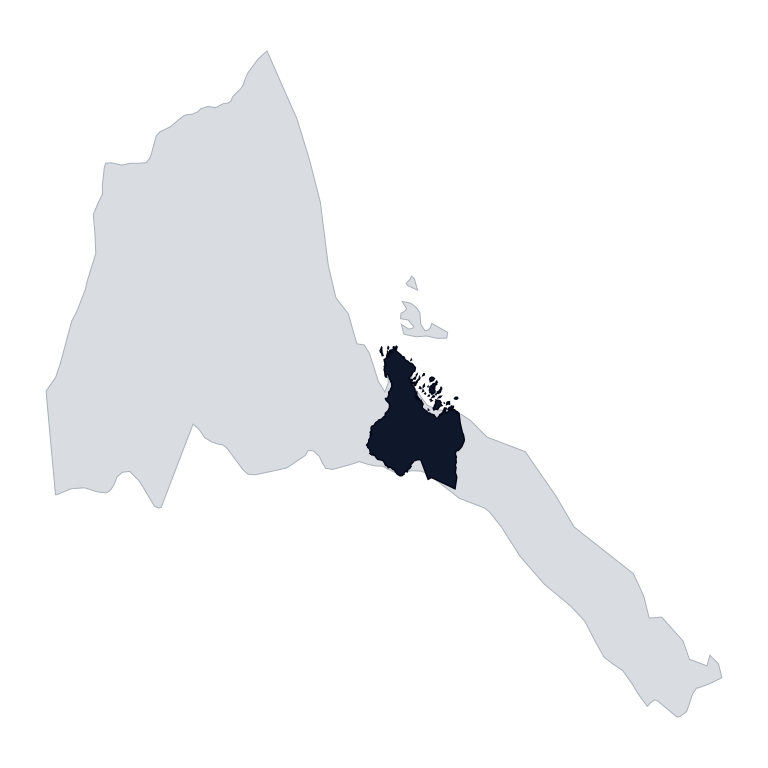 Ghelaelo, Semenawi Keyih Bahri, Eritrea (highlighted)
{"feature_id": "51966322B44831299318058", "entity_name": "Ghelaelo", "entity_type": "district", "adm_level": 2, "iso_a3": "ERI", "parent_name": "Eritrea", "parent_adm1": "Semenawi Keyih Bahri", "projection": "natural_earth1", "projection_center": [40.103, 14.909], "detail": "fine", "context": "in_parent", "style": "filled", "palette": "ink", "viewbox_px": 768, "rotation_deg": 0, "n_neighbors": 0, "source": "geoboundaries", "source_scale": "gbopen_adm2", "svg_char_len": 8482}
<svg xmlns="http://www.w3.org/2000/svg" viewBox="0 0 768 768"><path d="M55.5,494.7L52.4,460.7L50.3,437.9L48.1,413.8L46.1,391.1L55.7,377.2L60.2,363.9L71.8,320.8L76.5,312.2L85.5,289.1L86.8,282.5L95.8,253.4L95.0,234.0L93.3,214.5L98.2,202.9L102.6,193.7L102.3,185.9L104.3,167.6L105.7,163.1L111.0,162.8L121.9,165.1L129.9,163.3L139.1,163.3L146.2,162.7L150.4,157.2L156.2,135.9L160.0,131.7L162.9,130.4L171.0,126.4L178.0,120.3L183.7,115.8L185.8,114.9L191.8,114.4L197.8,111.8L200.6,108.8L208.1,106.4L215.5,107.7L220.5,105.1L223.8,103.4L227.6,103.3L231.1,100.8L232.5,97.0L234.7,94.6L240.5,89.1L243.2,85.1L244.4,81.1L245.6,77.9L248.1,72.5L258.2,58.9L267.0,51.0L297.2,119.5L309.5,159.9L320.3,202.1L328.3,265.5L335.9,297.8L348.3,313.7L356.8,343.8L364.1,344.9L369.4,353.2L378.4,381.5L384.9,392.0L388.3,382.9L387.9,377.7L385.4,369.0L387.7,357.8L392.8,351.1L404.4,360.2L410.7,367.2L412.4,381.1L415.0,388.8L427.1,405.1L437.3,409.8L450.6,411.0L461.7,414.6L470.6,420.6L487.2,437.2L525.3,451.7L556.0,496.2L574.1,527.0L633.5,573.8L643.8,596.2L649.2,618.1L661.7,617.1L683.1,641.1L689.4,659.3L707.0,665.9L709.9,655.2L718.5,664.0L721.9,677.7L710.7,683.2L698.3,688.0L696.6,687.9L692.5,694.2L686.7,711.5L680.2,716.5L676.8,717.0L657.5,700.8L654.5,699.9L650.3,703.0L647.3,706.4L638.3,694.1L631.7,683.2L622.5,670.3L613.6,664.5L604.0,657.2L594.6,640.2L585.0,621.5L570.8,606.2L544.3,584.2L520.0,556.2L501.4,527.0L489.4,511.8L484.3,507.9L459.5,498.4L442.2,485.0L428.9,474.0L420.7,471.1L412.8,470.7L395.9,472.9L381.9,466.0L376.0,466.0L366.6,464.0L359.3,461.6L350.6,464.5L332.8,469.4L325.6,468.3L321.6,461.5L319.3,456.2L313.1,450.7L308.0,450.7L305.1,455.6L286.6,468.0L255.5,474.8L248.1,474.3L242.7,469.4L227.0,448.2L222.5,444.7L219.0,444.4L211.7,441.9L204.9,437.9L199.0,429.2L193.0,424.2L186.5,441.2L175.1,471.0L169.0,486.9L161.2,507.4L158.7,508.0L154.7,506.5L139.3,481.0L129.6,471.4L122.3,472.3L117.0,477.0L113.6,485.5L110.0,490.8L106.0,492.9L97.5,491.9L84.6,487.8L71.1,488.7L57.3,494.5L55.5,494.7ZM420.8,324.4L424.9,330.7L427.9,330.1L430.1,328.0L431.8,323.5L447.7,332.3L446.8,338.1L437.3,338.4L426.3,336.0L416.1,336.8L404.0,334.3L401.3,324.4L409.0,329.2L412.9,328.0L413.7,326.7L408.2,320.0L400.5,318.7L401.0,313.4L404.5,311.3L406.6,308.7L402.2,301.5L410.8,303.2L416.3,307.5L419.9,312.7L420.8,324.4ZM414.3,278.7L417.6,290.1L407.8,285.7L406.2,283.4L410.5,278.8L411.4,276.1L414.3,278.7Z" fill="#d9dde1" stroke="#a8b0b8" stroke-width="1"/><path d="M459.0,413.3L458.3,413.2L457.5,411.7L456.9,411.5L457.1,411.9L456.6,412.3L455.7,411.8L454.7,409.7L453.7,409.6L453.0,410.5L452.4,409.8L451.3,409.5L451.1,408.9L451.5,408.6L452.6,409.1L453.5,406.9L453.1,406.2L452.4,406.6L451.7,406.0L451.4,406.2L451.7,407.0L449.3,407.4L448.0,409.2L450.4,410.2L448.5,411.0L447.5,412.6L445.8,412.6L445.7,411.3L444.8,410.1L446.2,408.9L444.9,408.1L445.1,407.3L444.0,409.2L444.1,409.9L443.5,410.3L443.3,410.8L443.8,411.1L443.3,411.8L443.3,411.2L442.5,413.0L442.9,412.5L443.4,412.7L442.5,414.1L441.7,413.6L441.7,414.8L441.2,415.3L440.4,415.2L440.4,414.3L439.8,414.6L439.6,415.1L440.2,415.7L438.5,416.5L438.1,418.1L436.3,418.3L433.9,414.8L431.0,414.2L429.9,413.1L427.8,412.9L426.4,411.1L422.6,408.4L422.1,406.4L423.1,404.1L421.8,401.9L421.2,402.4L420.6,401.8L421.2,400.3L418.9,399.9L419.4,398.8L418.4,398.5L418.1,397.8L417.8,399.3L416.2,398.7L415.9,397.4L416.3,396.8L415.7,396.7L415.4,395.5L416.2,395.5L417.1,397.3L417.7,397.1L417.0,396.7L417.0,395.9L416.5,395.5L416.9,394.0L416.5,393.8L416.7,392.5L416.1,392.8L415.8,391.6L415.2,391.4L414.6,388.5L411.6,384.7L410.7,382.3L410.9,381.4L412.3,380.7L412.2,379.8L409.6,379.0L408.9,378.2L411.7,374.9L412.6,372.5L414.8,370.9L415.4,367.7L412.5,364.1L411.2,363.3L409.8,363.3L408.0,361.3L405.3,360.0L403.8,356.8L402.2,356.8L401.2,355.2L396.9,351.6L396.5,351.7L395.7,349.6L395.0,349.6L395.4,348.7L394.5,347.1L393.6,346.8L393.2,347.2L393.9,348.5L393.8,349.0L392.0,349.5L392.0,351.8L392.4,352.1L390.2,353.1L389.6,352.2L390.4,352.1L390.8,351.0L390.3,350.2L389.9,350.4L389.5,352.2L389.8,354.2L389.6,355.3L389.0,355.5L389.1,355.9L388.8,355.8L388.2,352.6L388.2,354.6L389.4,357.4L388.5,356.1L388.0,354.8L387.9,353.1L387.6,353.0L386.7,355.9L386.9,357.6L384.1,359.7L385.0,364.0L384.8,365.2L385.1,364.7L385.5,365.2L384.2,366.5L384.7,367.6L384.1,369.7L384.8,372.0L385.1,375.9L386.0,377.1L386.6,377.1L386.4,376.2L386.7,374.8L387.6,374.1L388.3,374.4L389.7,379.4L389.7,379.1L390.7,380.6L390.6,381.6L391.5,382.5L391.8,385.0L391.8,386.9L390.5,389.2L390.5,390.5L388.9,391.7L388.6,392.6L388.9,395.1L388.2,396.2L387.8,398.3L385.6,398.4L385.4,398.8L386.4,400.6L388.9,403.1L389.5,404.6L389.5,407.6L388.0,410.7L385.4,413.2L384.9,416.7L383.6,416.9L381.7,419.1L378.6,420.1L378.4,420.8L375.5,422.8L374.2,425.3L371.6,426.4L371.0,428.2L371.4,430.4L370.3,432.1L370.7,432.3L370.4,433.0L370.7,434.1L371.7,434.4L370.2,435.3L370.4,437.3L368.8,439.9L368.7,442.2L366.6,445.1L367.5,446.0L367.7,447.3L369.4,448.7L370.6,453.4L370.1,453.5L370.8,454.2L372.1,455.0L373.2,454.3L373.8,455.3L375.0,455.0L375.3,456.4L377.6,459.3L383.4,460.5L383.4,461.6L384.0,461.7L385.2,464.6L385.9,464.7L385.7,465.5L386.8,465.5L388.3,467.8L390.3,467.0L392.9,469.4L393.9,469.6L397.3,474.2L400.1,475.8L402.2,475.6L403.1,474.5L404.0,474.2L403.9,473.2L405.3,471.2L407.2,471.9L408.1,469.1L409.5,468.7L411.1,466.3L410.3,465.5L410.5,465.0L413.4,461.8L413.5,461.1L417.8,459.6L420.8,459.8L428.1,479.3L431.6,477.5L455.0,488.8L456.7,477.6L456.5,476.0L455.3,472.6L456.0,467.6L455.2,465.0L456.2,462.7L455.9,458.5L456.4,457.0L455.4,454.6L455.5,452.7L456.3,450.7L458.4,450.5L461.8,446.6L464.1,441.1L464.3,439.6L463.4,434.7L462.3,432.4L460.1,422.6L459.0,413.3ZM439.9,400.7L436.0,400.0L436.2,400.6L435.5,401.6L435.7,403.3L434.3,405.9L434.5,406.4L433.2,408.2L433.8,409.9L435.6,409.1L437.5,409.5L439.9,406.2L441.9,405.5L441.0,404.5L440.5,402.6L441.0,402.5L439.9,400.7ZM436.2,383.0L433.0,383.9L432.1,385.2L429.9,386.7L430.2,388.4L429.6,388.8L429.4,390.5L430.1,391.6L429.9,392.5L431.1,392.7L432.0,394.3L434.9,392.3L435.0,390.6L433.0,387.7L433.7,387.3L434.7,387.9L435.0,385.4L436.7,384.3L436.7,383.5L436.2,383.0ZM433.3,380.4L434.4,378.5L433.2,377.5L431.7,377.1L430.0,378.2L429.6,379.6L430.2,380.4L430.3,381.6L433.3,380.4ZM381.9,347.7L381.6,347.3L380.1,350.7L380.5,352.2L381.7,353.1L382.2,355.6L382.9,355.4L382.3,354.8L382.6,354.0L381.7,352.0L382.0,351.5L381.6,349.0L381.9,347.7ZM440.6,389.6L439.6,390.0L438.8,391.4L437.2,392.0L436.9,392.6L437.2,392.1L437.8,392.3L437.7,393.3L438.2,393.5L440.3,392.2L440.9,390.5L440.6,389.6ZM457.2,397.2L455.3,397.4L454.1,399.1L454.7,398.7L456.0,399.2L457.1,399.0L457.8,398.1L457.2,397.2ZM449.4,401.7L447.7,401.9L447.0,402.4L446.7,404.5L447.9,403.8L449.5,404.2L449.4,401.7ZM396.4,346.3L396.1,347.0L395.3,347.2L395.3,348.0L396.5,349.0L397.1,347.0L396.4,346.3ZM415.0,382.3L411.8,382.7L411.6,383.4L412.2,383.8L413.6,382.6L413.6,383.7L414.4,383.3L414.3,382.5L415.0,382.3ZM416.1,382.9L415.1,383.1L415.1,384.3L414.2,385.5L414.5,385.6L414.7,385.0L415.5,385.3L416.3,383.4L416.1,382.9ZM441.1,396.3L439.7,396.4L438.5,397.7L440.2,397.4L441.1,396.3ZM434.4,396.7L434.3,396.1L433.4,395.7L432.3,397.3L434.4,396.7ZM415.3,377.3L414.7,377.5L413.6,379.0L415.0,379.1L415.6,377.8L415.3,377.3ZM424.3,374.9L424.3,373.8L423.7,373.7L422.9,375.5L424.3,374.9ZM423.3,387.1L424.4,386.1L424.3,384.7L423.4,385.7L423.3,387.1ZM441.6,388.9L441.4,387.5L441.0,387.4L440.7,389.5L441.6,388.9ZM419.4,379.2L419.9,377.9L419.5,377.1L419.2,378.8L418.7,379.2L417.8,380.1L418.6,380.0L418.6,379.3L419.4,379.2ZM388.1,349.5L388.6,347.2L388.2,346.8L387.8,348.0L388.1,349.5ZM417.4,381.9L417.2,381.1L417.1,381.7L416.1,381.8L416.0,382.5L416.6,382.8L417.4,381.9ZM423.6,391.0L423.1,390.2L422.7,391.4L423.6,391.0ZM421.0,388.2L420.3,387.2L419.9,387.1L420.1,388.0L419.8,388.2L420.8,388.6L421.0,388.2ZM429.4,395.3L428.7,395.4L428.4,396.0L429.2,395.9L429.4,395.3ZM437.1,382.1L436.7,381.2L436.2,381.8L436.8,382.1L437.1,382.1ZM425.6,393.5L425.3,393.1L424.8,393.7L425.4,393.9L425.6,393.5ZM430.9,399.8L431.5,399.0L430.5,399.7L430.9,399.8ZM436.1,394.0L435.5,394.3L435.5,394.5L436.0,394.7L436.1,394.0ZM431.2,401.0L431.8,400.7L431.2,400.5L431.2,401.0ZM416.4,375.4L416.9,374.6L417.0,374.1L416.4,374.6L416.4,375.4ZM387.8,352.2L387.8,351.7L387.6,351.5L387.5,351.9L387.8,352.2ZM427.5,387.1L428.0,386.9L428.0,386.6L427.5,387.1ZM446.1,408.1L445.9,407.6L445.9,408.5L446.1,408.1ZM428.4,410.2L428.8,410.0L428.4,409.6L428.4,410.2ZM411.1,360.1L411.5,359.9L411.3,359.5L411.1,360.1ZM444.4,403.8L444.5,403.3L444.4,403.2L444.4,403.8ZM388.8,356.2L388.5,355.6L388.6,356.0L388.8,356.2Z" fill="#0f172a" stroke="#020617" stroke-width="1.5"/></svg>